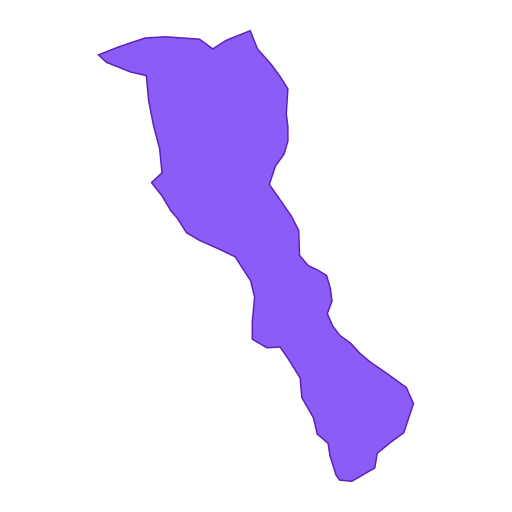 outline of Voni, Cyprus
{"feature_id": "46923920B56038902330980", "entity_name": "Voni", "entity_type": "district", "adm_level": 2, "iso_a3": "CYP", "parent_name": "Cyprus", "parent_adm1": "", "projection": "albers", "projection_center": [33.505, 35.215], "detail": "fine", "context": "isolated", "style": "filled", "palette": "violet", "viewbox_px": 512, "rotation_deg": 0, "n_neighbors": 0, "source": "geoboundaries", "source_scale": "gbopen_adm2", "svg_char_len": 1040}
<svg xmlns="http://www.w3.org/2000/svg" viewBox="0 0 512 512"><path d="M151.5,182.6L162.0,195.9L171.0,211.0L177.2,218.0L186.5,232.7L199.7,240.5L217.4,248.3L235.2,256.8L250.7,280.9L254.6,297.2L252.3,322.1L252.3,339.2L267.0,347.8L280.1,347.0L288.6,359.4L300.2,378.1L301.8,397.5L313.4,417.7L317.3,434.1L328.1,443.4L330.0,455.8L336.1,475.2L339.7,480.1L351.8,481.3L374.8,467.9L377.2,453.3L390.5,442.4L403.8,432.7L413.5,403.5L409.9,395.8L409.1,393.9L406.3,387.4L402.9,385.1L390.0,375.7L380.0,368.7L369.9,361.8L359.8,353.2L350.5,343.1L339.7,335.3L332.7,326.0L327.3,313.6L332.0,301.1L330.4,288.7L326.6,275.5L318.8,270.8L308.0,265.4L299.5,255.3L298.7,230.4L291.0,215.6L277.0,195.4L269.3,184.5L275.5,165.9L284.0,154.2L287.9,141.0L287.9,127.0L286.3,113.8L287.1,100.6L287.9,89.0L280.1,76.5L271.6,64.9L257.5,48.9L250.2,30.7L226.1,40.4L212.8,48.9L199.5,39.2L165.6,36.8L145.1,38.0L119.7,46.5L98.5,54.9L106.4,62.3L130.6,72.0L146.3,75.6L148.7,101.1L153.5,125.4L159.6,148.5L162.0,172.8L151.5,182.6Z" fill="#8b5cf6" stroke="#5b21b6" stroke-width="1.5"/></svg>